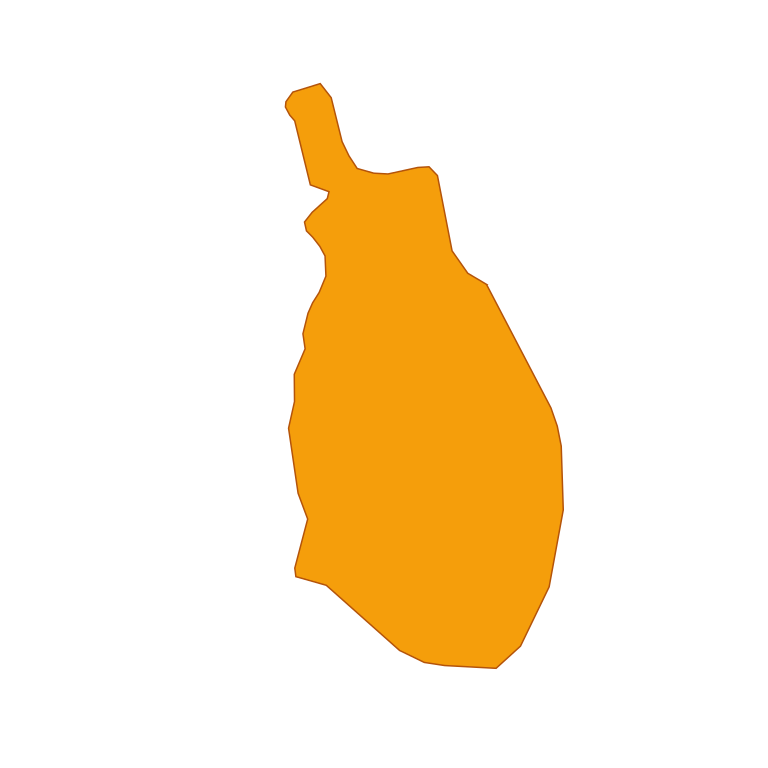 Bohinj, Albers equal-area conic projection, rotated 250°
{"feature_id": "SVN-1009", "entity_name": "Bohinj", "entity_type": "Municipality", "adm_level": 1, "iso_a3": "SVN", "parent_name": "Slovenia", "parent_adm1": "", "projection": "albers", "projection_center": [14.006, 46.306], "detail": "fine", "context": "isolated", "style": "filled", "palette": "amber", "viewbox_px": 768, "rotation_deg": 250, "n_neighbors": 0, "source": "natural_earth", "source_scale": "10m", "svg_char_len": 804}
<svg xmlns="http://www.w3.org/2000/svg" viewBox="0 0 768 768"><g transform="rotate(250 384 384)"><path d="M688.1,426.8L671.1,432.3L626.1,427.5L610.4,429.1L595.7,432.5L585.6,446.5L580.0,459.6L575.9,489.9L572.7,500.6L561.6,505.5L485.8,493.5L459.4,500.6L442.3,514.6L442.3,514.4L304.4,532.7L285.1,532.4L265.0,529.3L204.4,509.4L136.9,469.8L91.0,422.6L78.5,392.1L98.7,344.7L108.6,326.6L128.3,307.5L214.6,260.9L233.1,235.3L241.5,237.2L283.2,266.1L310.7,265.9L375.1,279.2L398.1,293.9L423.8,303.0L444.0,321.9L458.9,325.0L476.5,336.8L484.7,344.7L492.2,354.4L505.2,366.3L524.5,372.4L535.2,370.8L546.4,367.2L554.4,363.5L563.4,364.7L569.9,375.2L577.6,394.1L583.5,398.1L596.3,382.9L661.8,390.1L668.9,387.4L678.0,386.1L682.8,388.4L689.5,398.2L688.1,426.8Z" fill="#f59e0b" stroke="#b45309" stroke-width="1.5"/></g></svg>